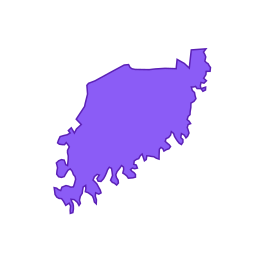 Romelândia, Santa Catarina, Brazil (Equal Earth projection), rotated 17°
{"feature_id": "56859067B71517349655646", "entity_name": "Romelândia", "entity_type": "district", "adm_level": 2, "iso_a3": "BRA", "parent_name": "Brazil", "parent_adm1": "Santa Catarina", "projection": "equal_earth", "projection_center": [-53.313, -26.655], "detail": "fine", "context": "isolated", "style": "filled", "palette": "violet", "viewbox_px": 256, "rotation_deg": 17, "n_neighbors": 0, "source": "geoboundaries", "source_scale": "gbopen_adm2", "svg_char_len": 3102}
<svg xmlns="http://www.w3.org/2000/svg" viewBox="0 0 256 256"><g transform="rotate(17 128 128)"><path d="M77.2,96.8L76.2,99.2L79.4,107.4L79.9,117.0L80.2,120.1L75.9,134.7L82.3,138.3L80.7,141.1L79.0,144.0L78.2,148.5L73.7,144.4L71.7,147.9L74.1,149.7L71.9,152.2L68.9,153.9L65.6,156.1L65.1,159.7L65.0,162.8L67.1,163.6L70.1,163.1L72.2,162.5L73.2,160.0L75.2,161.4L77.4,163.2L76.7,167.0L77.4,169.4L79.0,172.1L80.0,175.6L80.5,178.1L81.2,181.6L79.2,181.3L77.8,179.3L76.4,177.4L73.6,177.7L71.3,179.6L69.7,182.4L71.1,184.6L72.3,186.7L72.6,189.7L73.3,193.0L75.9,194.9L78.8,194.7L81.2,193.1L81.9,189.8L82.9,186.0L84.7,184.0L87.3,185.7L89.4,188.5L91.6,189.9L92.9,192.3L93.1,197.0L93.0,200.2L90.7,201.3L88.1,201.0L85.5,201.2L82.1,203.9L81.9,207.5L79.3,207.2L77.4,206.4L74.8,206.6L76.3,209.8L77.7,212.9L80.1,214.9L82.6,215.5L85.1,215.0L87.5,216.7L91.1,220.2L93.7,217.1L95.9,219.4L96.7,223.5L97.8,226.5L100.0,225.0L99.5,221.4L98.5,218.4L97.3,216.2L95.6,214.7L94.4,212.8L97.5,212.2L101.4,214.0L103.8,216.4L104.5,214.0L102.7,211.2L102.4,207.3L103.3,203.7L102.8,201.1L102.4,197.5L104.3,195.3L105.4,198.2L105.8,201.4L108.7,201.5L111.7,202.5L113.9,203.4L115.8,205.7L117.5,208.6L119.8,209.8L118.8,205.9L116.7,202.8L116.0,199.4L119.4,199.8L121.2,197.9L119.6,195.5L117.1,193.1L114.5,190.5L112.0,189.1L109.8,188.0L110.1,184.3L112.0,181.4L114.3,181.4L113.1,185.5L115.0,187.6L117.8,187.0L119.4,183.7L120.1,180.5L120.5,177.1L120.7,173.9L121.6,171.0L124.0,171.4L125.6,174.6L127.1,178.0L126.6,183.1L128.9,184.6L131.1,184.8L133.8,185.9L134.9,183.4L133.8,180.8L131.5,178.8L130.0,176.3L130.3,172.8L131.7,169.3L132.8,165.8L135.1,166.7L136.0,169.0L136.2,172.6L138.4,173.2L140.9,174.2L143.0,175.9L145.3,175.0L147.3,174.2L149.5,172.8L148.7,170.2L146.7,168.9L144.4,168.2L142.6,167.1L143.8,165.1L146.3,165.0L148.7,163.6L146.7,161.0L144.1,161.0L143.6,157.6L145.3,155.5L147.2,154.2L147.8,151.1L149.1,148.8L151.1,151.5L153.3,154.6L154.7,152.8L154.1,149.1L156.1,148.6L158.3,148.4L161.2,147.9L163.8,148.6L166.8,148.7L165.7,145.0L165.0,142.3L164.2,139.1L165.2,136.9L167.4,137.6L169.1,139.6L171.0,137.5L173.2,135.9L174.1,133.3L172.3,132.0L170.3,131.2L167.5,129.9L167.5,127.0L169.6,125.2L170.8,122.3L170.5,118.8L173.2,119.9L174.9,122.4L177.0,124.3L179.1,126.0L181.3,127.5L183.9,128.2L184.7,125.6L183.9,123.0L181.3,121.7L180.7,117.7L183.8,118.3L186.3,120.5L187.4,118.4L187.8,115.0L186.2,112.5L184.5,110.2L184.5,107.1L186.6,105.5L184.4,103.6L182.1,102.7L182.1,99.3L183.4,97.1L182.7,94.5L182.1,90.1L180.9,85.8L183.3,83.2L184.4,80.1L182.7,77.5L181.2,74.6L178.5,73.3L176.6,70.3L178.5,69.7L180.4,68.5L182.5,70.1L184.5,69.5L186.4,69.1L184.8,66.5L184.5,63.1L187.6,62.9L189.2,59.9L185.8,58.3L186.9,54.2L186.2,51.0L189.9,49.8L189.2,46.0L187.4,44.7L185.8,43.1L183.8,42.6L181.9,41.5L181.6,37.3L180.0,35.3L178.0,33.3L179.4,29.5L165.7,34.8L166.4,38.6L168.0,47.1L169.1,52.8L163.0,49.8L154.9,48.0L156.7,57.2L146.0,60.1L136.7,63.6L131.2,66.0L117.7,69.9L114.5,70.2L112.3,69.5L110.0,67.2L105.9,68.9L95.1,79.8L87.3,87.8L82.6,92.6L77.2,96.8ZM186.4,69.1L188.9,71.0L191.0,69.0L190.3,66.2L188.4,67.5L186.4,69.1Z" fill="#8b5cf6" stroke="#5b21b6" stroke-width="1.5"/></g></svg>